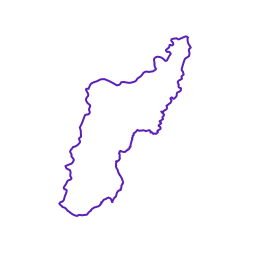 the district of Elías, Huila, Colombia, rotated 330°
{"feature_id": "7082276B98315935443", "entity_name": "Elías", "entity_type": "district", "adm_level": 2, "iso_a3": "COL", "parent_name": "Colombia", "parent_adm1": "Huila", "projection": "orthographic", "projection_center": [-75.954, 2.003], "detail": "fine", "context": "isolated", "style": "outline", "palette": "violet", "viewbox_px": 256, "rotation_deg": 330, "n_neighbors": 0, "source": "geoboundaries", "source_scale": "gbopen_adm2", "svg_char_len": 5822}
<svg xmlns="http://www.w3.org/2000/svg" viewBox="0 0 256 256"><g transform="rotate(330 128 128)"><path d="M225.2,79.6L224.5,78.1L223.3,77.4L216.2,76.6L215.5,75.8L214.8,74.5L211.2,73.1L210.1,73.0L209.2,73.7L209.1,74.8L209.6,76.4L209.4,77.4L209.1,78.1L208.3,78.5L207.7,78.6L207.1,78.2L206.7,77.7L205.6,76.9L204.5,78.1L203.9,78.7L202.9,78.9L200.2,79.3L199.6,79.9L199.7,81.0L200.0,81.8L201.3,82.3L201.9,82.9L202.2,84.8L201.5,85.5L199.6,86.3L195.6,88.9L194.7,88.9L193.9,88.5L193.5,86.8L192.4,84.1L191.1,82.5L189.2,81.0L187.3,80.6L185.8,80.9L184.7,81.7L183.3,85.3L182.1,87.4L181.8,88.8L181.8,90.6L181.4,91.1L180.2,91.3L177.9,91.4L176.0,90.6L174.4,90.1L172.1,88.3L170.9,87.9L169.6,87.9L168.6,88.1L166.3,89.2L164.6,89.7L162.9,89.7L161.0,89.9L159.4,90.7L158.0,91.2L156.2,91.0L154.5,90.6L152.1,89.8L150.7,88.9L147.5,86.1L145.0,85.0L143.0,86.1L141.7,86.2L139.6,85.4L138.7,83.7L135.8,78.9L134.0,76.4L132.0,73.9L130.4,73.0L128.9,72.3L127.1,72.1L124.6,72.0L123.2,71.7L120.5,71.2L119.0,71.1L117.5,71.4L116.2,72.2L113.4,74.3L112.0,73.4L111.4,73.3L110.9,73.6L110.7,74.4L110.6,78.1L110.2,79.4L109.4,80.3L107.3,81.1L106.0,82.0L105.4,83.5L105.4,85.2L105.6,86.7L106.5,89.1L106.4,89.9L103.5,92.4L102.9,95.0L102.3,95.8L101.2,96.3L99.9,96.2L98.7,95.5L97.1,95.4L90.3,101.0L86.5,103.5L85.8,106.6L83.0,112.0L80.9,112.4L80.2,112.7L80.0,113.4L79.9,114.8L79.7,115.7L79.0,116.5L77.1,117.2L75.5,117.6L73.2,117.6L72.4,117.5L71.6,117.1L71.0,117.0L68.8,118.0L66.9,118.7L66.0,119.6L65.9,120.6L65.9,122.4L65.8,123.0L65.4,123.5L64.9,124.0L64.9,124.7L65.1,126.3L65.3,127.5L65.1,128.6L64.3,129.2L62.9,130.1L62.1,130.4L60.7,130.6L58.2,130.1L56.0,129.8L54.8,129.8L54.6,130.8L54.5,132.2L54.8,132.8L56.6,135.4L56.6,136.0L56.2,137.4L55.8,138.2L54.4,140.0L54.0,140.7L54.0,142.4L53.9,143.3L53.3,143.7L52.7,143.9L51.6,143.8L50.6,143.6L49.7,143.5L48.9,143.7L48.4,144.0L46.6,145.4L44.5,146.4L42.9,147.2L42.4,147.8L42.2,148.4L42.5,149.2L43.6,150.5L43.7,151.2L43.3,152.0L42.7,152.7L41.1,154.1L39.5,155.2L37.1,157.6L36.3,158.3L35.5,158.7L34.7,158.9L34.1,158.9L33.9,158.7L32.3,158.5L30.8,159.1L30.8,159.6L31.0,160.8L31.6,162.5L31.6,163.0L31.8,163.7L32.6,164.5L33.5,165.8L33.9,166.7L34.0,167.4L34.2,168.2L34.2,168.9L34.3,169.6L34.8,170.2L35.1,170.9L35.8,172.7L37.0,175.3L38.1,176.8L38.8,177.6L39.9,178.7L40.2,178.8L41.0,178.7L42.0,178.7L42.3,178.9L43.1,179.3L44.4,180.6L46.6,181.4L48.4,182.3L48.9,182.4L49.5,182.4L50.7,181.8L53.1,181.1L54.4,181.1L54.7,180.7L55.6,180.4L56.1,180.2L58.1,180.0L59.0,180.0L63.1,181.0L63.8,181.0L64.7,180.9L65.4,180.7L66.0,180.2L66.9,180.2L67.2,180.1L67.4,179.8L67.6,179.0L68.2,179.1L68.8,179.1L70.2,178.3L71.5,178.0L72.7,178.3L73.6,178.4L74.7,178.3L76.3,178.5L77.5,180.1L77.7,180.8L77.7,181.4L77.6,181.6L77.5,182.4L77.5,182.9L77.3,183.5L77.1,184.9L78.2,183.3L79.2,182.9L80.1,182.2L81.5,181.5L82.7,181.5L83.6,181.1L84.7,179.8L86.2,178.4L87.6,177.8L88.5,177.5L89.4,177.8L90.7,178.0L90.9,177.8L91.0,177.2L91.2,176.9L91.8,176.9L92.1,176.7L92.7,175.9L93.4,174.8L93.6,174.5L95.0,174.0L95.3,173.4L96.1,173.2L96.6,172.7L97.5,168.4L97.5,167.6L97.4,166.9L97.5,166.3L97.5,165.3L97.3,164.8L97.2,164.0L97.5,163.5L97.3,162.8L97.3,162.3L97.6,161.5L97.5,161.1L98.0,159.6L98.1,158.2L98.0,157.2L98.1,156.4L98.2,155.9L98.3,155.2L98.9,154.7L99.1,154.4L99.1,154.0L99.3,153.7L99.6,153.3L99.8,152.9L100.2,152.4L100.6,152.2L101.0,152.0L101.1,151.7L101.0,151.0L101.3,150.9L101.6,151.0L101.9,151.2L103.4,151.5L103.7,151.5L104.0,151.4L104.8,150.8L105.4,150.6L105.7,150.3L105.9,150.0L105.9,149.5L106.1,149.1L106.9,148.0L107.4,147.1L107.6,145.4L108.5,145.0L108.9,144.3L109.1,144.1L110.1,144.1L110.3,144.4L110.5,144.9L110.8,145.2L112.2,146.5L113.2,147.1L113.6,147.2L113.9,147.2L114.9,147.0L115.2,146.8L116.1,146.9L117.1,146.5L117.6,146.9L118.1,146.8L118.8,146.5L119.1,146.1L119.6,146.0L119.7,145.6L119.9,145.3L120.3,145.3L120.9,145.4L121.1,145.1L121.3,144.5L121.8,143.9L123.5,142.2L125.2,140.5L126.0,140.1L126.2,139.5L126.4,138.8L127.6,138.2L128.1,137.2L129.4,136.9L129.7,136.5L129.8,135.9L130.2,135.6L130.8,135.4L131.6,135.5L132.6,135.2L133.1,135.2L134.3,134.7L135.0,134.5L135.3,134.5L136.2,135.9L136.8,136.3L137.6,136.5L138.5,137.1L139.4,137.3L140.6,138.0L142.0,139.7L145.0,140.4L145.4,140.7L145.7,141.1L145.8,141.6L145.3,143.1L145.7,143.4L146.2,143.2L146.4,143.5L146.9,144.7L147.0,145.8L147.7,145.9L148.7,146.3L149.3,147.0L149.9,147.0L150.5,147.0L151.9,146.4L152.0,146.1L151.8,145.9L151.8,145.4L152.2,145.1L153.8,145.0L154.7,145.1L155.5,145.0L156.0,144.7L156.3,144.2L156.4,143.4L156.3,142.8L155.9,142.3L155.6,141.7L155.7,141.4L156.0,141.0L156.8,140.8L158.7,140.6L159.1,140.4L159.1,139.9L158.8,138.7L158.7,138.2L159.0,137.9L159.6,138.1L160.0,138.3L160.5,138.0L161.1,137.8L162.5,137.8L162.8,137.7L163.0,137.2L163.0,136.5L163.2,135.9L163.9,135.6L165.2,135.2L165.6,134.8L165.9,134.4L165.8,133.7L165.6,132.9L165.0,131.1L165.1,130.6L165.6,130.8L166.3,131.3L166.6,131.7L167.6,131.1L168.6,131.0L169.7,131.1L170.5,131.0L170.9,130.9L171.7,130.2L172.2,129.4L172.5,128.0L173.0,127.9L174.2,127.9L175.5,127.6L177.0,127.5L177.8,127.3L179.1,126.3L179.5,125.5L179.3,124.6L179.5,123.8L179.8,123.5L180.2,123.3L180.8,123.3L181.4,123.7L181.6,124.5L181.9,125.3L182.3,125.6L183.0,125.6L184.4,125.2L185.8,124.7L186.7,123.9L187.1,123.1L187.8,122.3L188.3,122.0L189.0,122.0L189.8,122.0L190.7,122.2L192.0,122.0L192.6,121.8L193.6,120.3L193.6,119.7L192.7,118.9L192.4,118.2L192.4,117.6L192.8,116.8L193.7,115.7L193.7,113.9L194.2,112.9L194.8,112.6L195.9,112.3L197.0,112.4L197.7,112.3L198.7,112.5L199.3,112.3L199.5,111.9L199.6,111.4L199.9,110.5L200.5,109.9L201.8,109.8L202.9,109.5L203.6,107.2L203.7,106.5L203.4,104.9L204.0,103.8L206.7,101.1L210.2,97.9L212.0,96.5L214.7,96.4L216.6,96.3L217.8,95.1L218.8,93.8L219.2,92.2L219.4,91.2L220.5,90.2L221.8,90.0L222.5,89.7L222.5,88.9L222.6,87.8L222.4,86.4L222.5,85.1L222.7,83.8L223.2,82.4L224.2,80.4L225.2,79.6Z" fill="none" stroke="#5b21b6" stroke-width="2"/></g></svg>